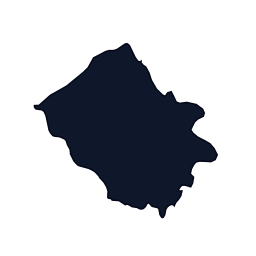 the district of Afrin, Aleppo, Syria, rotated 305°
{"feature_id": "27442178B88911382861768", "entity_name": "Afrin", "entity_type": "district", "adm_level": 2, "iso_a3": "SYR", "parent_name": "Syria", "parent_adm1": "Aleppo", "projection": "robinson", "projection_center": [36.751, 36.572], "detail": "fine", "context": "isolated", "style": "filled", "palette": "ink", "viewbox_px": 256, "rotation_deg": 305, "n_neighbors": 0, "source": "geoboundaries", "source_scale": "gbopen_adm2", "svg_char_len": 2852}
<svg xmlns="http://www.w3.org/2000/svg" viewBox="0 0 256 256"><g transform="rotate(305 128 128)"><path d="M157.8,215.3L160.5,210.3L162.1,204.1L161.5,197.6L160.5,190.4L161.0,183.9L162.6,180.3L171.3,179.0L175.6,180.0L180.8,182.9L184.0,181.9L186.2,178.3L186.3,173.2L186.4,170.5L182.6,161.4L177.8,156.2L176.9,152.6L179.6,148.0L182.5,142.5L179.5,140.3L178.2,140.3L175.4,140.4L174.8,137.2L175.7,132.0L175.9,130.4L176.2,128.9L180.5,119.7L185.2,113.5L188.1,107.6L188.1,104.1L188.9,101.2L190.2,100.4L189.4,100.1L188.5,99.1L188.4,97.8L188.4,97.5L189.2,95.3L189.4,94.7L189.9,93.3L196.2,82.1L196.3,81.9L196.5,80.2L196.6,79.7L196.6,79.4L196.1,78.3L195.9,78.2L195.2,77.6L194.9,77.4L193.3,76.8L188.8,75.1L187.8,74.7L186.6,74.2L186.2,74.1L183.4,72.1L180.5,68.1L178.6,66.5L177.8,65.9L171.5,62.6L165.7,59.6L164.5,59.7L163.7,59.8L162.4,60.0L161.6,60.0L161.0,60.1L154.4,60.8L153.0,60.5L151.8,60.3L148.1,59.6L127.7,53.9L126.0,53.2L115.7,48.3L111.8,46.4L110.0,45.6L97.0,42.5L95.4,42.1L95.1,41.7L92.7,38.5L92.1,39.0L91.4,39.5L90.8,41.6L91.3,42.6L92.1,44.2L93.1,46.1L93.3,46.5L93.4,46.8L93.6,47.4L93.6,47.5L93.6,47.8L93.5,48.6L93.5,49.0L93.5,49.8L92.9,50.8L91.3,53.5L89.2,55.9L88.3,56.8L85.4,59.9L84.8,60.6L81.1,64.5L80.6,65.5L80.0,66.6L79.6,67.3L79.5,67.9L79.0,69.7L78.7,70.8L79.1,72.3L80.1,74.1L81.7,77.1L82.6,81.8L82.7,82.4L82.2,84.6L81.0,86.2L80.8,86.5L79.8,87.8L79.1,89.1L77.3,92.8L74.6,95.3L74.4,95.4L74.1,95.5L73.9,95.6L70.0,102.6L69.7,104.1L69.0,107.2L69.0,107.9L68.9,108.7L68.9,109.0L69.7,111.3L72.4,118.8L73.0,121.9L73.0,122.3L73.3,125.8L72.2,131.4L71.1,133.5L71.1,133.8L70.7,135.6L69.8,139.5L67.8,144.0L67.6,144.3L65.0,147.8L60.9,150.4L59.4,151.4L59.4,152.7L60.0,153.6L60.5,154.4L60.0,156.3L59.9,156.4L62.1,160.1L63.4,162.3L63.6,168.1L63.6,169.7L64.2,170.1L65.0,170.6L65.5,171.9L65.8,174.6L65.9,176.4L66.7,178.0L67.7,180.0L68.1,180.7L68.2,181.3L68.5,183.3L68.5,183.7L68.6,183.9L69.2,185.2L69.3,185.3L70.3,186.4L71.3,186.8L72.0,187.0L72.7,187.1L73.9,187.3L74.0,187.3L76.4,186.9L77.2,187.1L78.3,187.4L78.4,187.8L78.6,188.4L77.8,192.1L77.7,192.7L78.5,194.8L79.1,196.1L79.3,196.6L79.7,197.7L79.7,197.9L79.7,199.5L77.1,202.2L75.4,203.9L75.3,204.2L74.8,205.4L74.3,206.4L74.3,206.5L74.3,206.8L74.3,207.3L74.3,207.5L75.3,208.1L78.0,207.8L82.9,205.6L83.0,205.6L85.8,205.4L86.5,205.6L87.4,205.9L88.3,206.1L89.4,206.8L90.2,207.3L90.9,208.5L91.0,208.7L91.0,210.2L90.9,210.5L92.0,210.2L93.8,209.9L95.7,209.9L97.5,210.2L98.7,210.2L101.6,210.2L103.5,209.9L104.5,209.3L106.2,208.8L107.4,208.2L106.6,207.2L105.6,206.0L105.9,205.3L106.4,204.8L108.1,204.6L110.3,204.6L111.6,204.9L112.6,205.6L113.3,206.6L114.0,207.8L114.5,209.1L115.0,210.8L115.5,212.3L115.8,213.1L119.8,212.5L120.7,212.1L125.3,209.9L126.1,205.4L130.7,203.4L135.6,202.8L139.1,203.1L141.8,205.4L145.0,210.3L148.0,215.2L152.1,217.5L157.2,216.5L157.8,215.3Z" fill="#0f172a" stroke="#020617" stroke-width="1.5"/></g></svg>